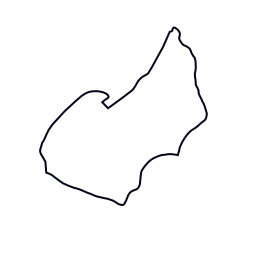 Giao Thuy, Nam Định, Vietnam (Natural Earth projection), rotated 150°
{"feature_id": "81297802B51483513425235", "entity_name": "Giao Thuy", "entity_type": "district", "adm_level": 2, "iso_a3": "VNM", "parent_name": "Vietnam", "parent_adm1": "Nam Định", "projection": "natural_earth1", "projection_center": [106.442, 20.247], "detail": "fine", "context": "isolated", "style": "outline", "palette": "ink", "viewbox_px": 256, "rotation_deg": 150, "n_neighbors": 0, "source": "geoboundaries", "source_scale": "gbopen_adm2", "svg_char_len": 3232}
<svg xmlns="http://www.w3.org/2000/svg" viewBox="0 0 256 256"><g transform="rotate(150 128 128)"><path d="M221.1,130.3L219.5,128.3L219.3,128.1L218.6,127.1L217.7,125.7L216.7,123.5L216.2,122.2L214.4,118.0L214.0,117.0L212.7,114.3L211.9,112.6L210.8,111.0L208.8,108.3L207.6,106.8L206.4,105.3L205.0,103.6L204.0,102.6L201.7,100.3L199.6,97.7L198.4,96.1L197.9,95.4L195.4,92.1L193.8,90.2L191.5,87.3L190.4,85.7L188.1,83.2L187.5,82.8L186.0,81.3L182.8,78.4L182.2,77.9L181.0,76.9L178.9,74.4L178.2,73.7L177.5,72.8L175.8,70.0L174.8,67.8L174.0,66.6L172.1,64.6L171.4,64.1L171.0,64.0L169.9,63.9L169.3,64.0L167.5,65.1L166.0,66.1L164.1,67.5L161.8,69.4L159.9,70.5L158.1,71.2L156.6,71.3L155.7,71.3L154.1,71.1L151.5,70.7L150.7,70.7L150.2,70.7L149.8,70.8L149.2,71.0L148.4,71.4L147.5,72.0L146.8,72.5L146.1,73.1L145.2,74.1L144.1,75.8L143.7,76.3L142.3,78.3L141.0,80.1L140.1,81.3L139.6,82.0L139.1,82.6L138.0,83.7L137.3,84.2L136.5,84.7L135.1,85.4L131.9,86.8L130.1,87.4L127.7,88.2L126.3,88.5L123.7,89.0L120.3,89.0L118.3,88.8L114.8,88.3L114.6,88.2L112.9,87.9L112.4,87.8L111.9,87.5L111.2,87.2L110.4,86.8L108.8,86.2L107.0,85.5L105.6,84.9L103.6,83.7L102.5,82.9L102.2,82.7L100.8,81.6L99.5,80.6L98.5,79.7L98.4,79.6L97.4,80.6L96.9,81.1L96.1,81.8L95.9,82.0L95.2,82.6L94.5,83.4L93.4,84.8L92.4,85.6L90.8,86.8L88.7,88.3L87.4,89.1L85.0,90.4L83.2,91.3L82.2,91.7L80.6,92.5L79.1,93.0L77.4,93.5L75.9,93.9L74.2,94.2L73.0,94.3L71.7,94.3L69.7,94.4L67.8,94.6L66.7,94.8L64.7,95.2L63.1,95.6L61.5,95.9L60.0,96.1L58.6,96.2L57.6,96.4L56.5,96.9L55.8,97.4L55.0,98.0L54.3,98.8L54.1,99.0L53.2,100.1L52.7,100.8L52.4,101.5L52.0,103.1L51.2,106.5L50.6,109.2L50.3,111.5L50.3,113.9L50.2,114.7L50.0,116.5L49.8,119.9L49.6,121.6L49.5,122.3L49.3,122.9L48.9,123.6L48.4,124.8L48.0,126.2L47.8,127.7L47.8,128.7L47.8,129.5L47.9,129.9L47.7,131.0L47.4,132.1L46.8,133.2L46.3,134.1L46.0,134.8L45.3,136.3L44.5,138.5L43.8,139.9L43.3,141.0L42.9,141.6L42.7,141.8L40.5,144.4L39.6,145.7L38.9,146.8L38.1,148.3L37.2,149.9L36.4,151.5L35.9,152.8L35.8,153.3L35.3,154.8L35.2,155.6L35.2,156.3L35.3,157.0L35.5,157.7L35.5,158.3L35.5,159.2L35.5,160.1L35.5,161.0L35.4,162.1L35.1,163.0L35.0,164.1L34.9,164.9L35.0,165.9L35.5,167.5L35.7,167.9L36.9,170.0L37.8,171.2L37.9,171.3L38.4,172.0L38.7,172.6L38.8,173.1L39.0,173.8L39.1,174.8L39.2,176.3L39.3,177.5L39.3,178.3L39.1,179.2L38.8,180.2L38.4,180.7L37.7,181.4L36.8,182.4L36.3,183.2L35.9,183.7L35.7,184.4L35.6,185.3L35.6,185.6L35.6,186.4L35.7,187.8L36.1,189.0L36.6,190.1L37.0,191.0L37.1,191.3L37.5,191.7L37.8,191.9L38.2,192.1L38.7,192.1L39.0,192.0L39.4,191.7L40.0,191.3L40.6,190.6L40.8,190.3L41.1,190.1L41.5,190.0L42.0,190.0L42.5,190.1L43.1,190.2L43.8,190.4L57.4,180.5L64.7,176.1L76.9,168.7L83.3,165.2L85.3,165.0L89.8,165.1L92.5,164.6L95.7,163.6L99.6,161.3L102.5,159.8L103.7,159.2L105.9,158.5L117.5,157.0L121.1,156.6L135.4,155.1L137.4,163.2L133.4,163.9L130.6,164.0L129.3,164.6L129.0,165.4L129.0,166.4L129.2,167.3L129.6,168.4L131.7,171.4L134.3,173.8L136.6,175.5L139.1,176.9L142.7,178.4L144.7,178.9L147.8,179.2L151.8,179.0L159.4,177.6L174.5,174.2L184.3,171.1L191.7,168.8L198.0,165.8L202.5,162.7L206.8,159.6L208.2,158.8L209.6,158.2L212.8,155.1L215.3,152.7L215.9,151.3L216.2,150.3L216.4,148.8L216.4,147.6L216.4,140.1L221.1,130.3Z" fill="none" stroke="#020617" stroke-width="2"/></g></svg>